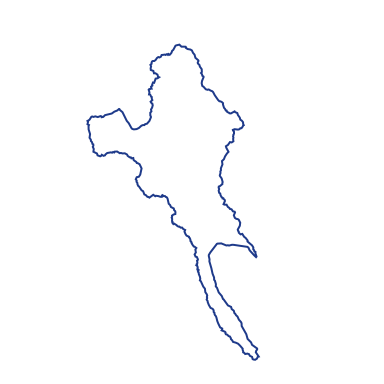 Dolores, Tolima, Colombia (Mercator projection), rotated 112°
{"feature_id": "7082276B30807690938488", "entity_name": "Dolores", "entity_type": "district", "adm_level": 2, "iso_a3": "COL", "parent_name": "Colombia", "parent_adm1": "Tolima", "projection": "mercator", "projection_center": [-74.784, 3.628], "detail": "fine", "context": "isolated", "style": "outline", "palette": "blue", "viewbox_px": 384, "rotation_deg": 112, "n_neighbors": 0, "source": "geoboundaries", "source_scale": "gbopen_adm2", "svg_char_len": 6057}
<svg xmlns="http://www.w3.org/2000/svg" viewBox="0 0 384 384"><g transform="rotate(112 192 192)"><path d="M322.2,69.4L320.2,69.3L319.6,68.5L316.7,72.8L315.1,73.0L313.6,72.6L312.7,73.0L311.2,79.1L309.3,80.9L307.4,85.4L303.5,88.4L297.7,95.7L295.1,96.9L294.2,97.9L292.8,100.7L290.4,103.2L289.8,104.9L288.7,106.3L288.5,107.2L286.4,108.8L285.7,111.3L283.9,112.7L283.7,116.2L279.7,122.5L279.6,123.2L277.3,125.4L275.1,129.6L271.5,132.9L270.6,134.6L268.5,135.3L265.7,137.5L265.1,138.6L263.0,139.5L260.1,142.3L255.4,145.5L249.8,149.9L247.9,150.5L245.0,152.5L244.0,152.8L241.3,152.4L230.8,149.5L230.3,149.0L228.7,145.6L228.7,140.1L227.9,138.7L227.8,137.6L226.0,135.2L225.4,133.6L222.1,120.0L222.5,118.8L224.5,116.7L227.4,110.7L228.4,108.2L227.7,108.0L225.1,110.2L223.8,110.7L223.8,111.9L222.8,112.5L222.1,113.8L220.4,114.4L219.0,116.3L217.1,122.0L216.1,122.3L214.5,125.1L214.0,126.9L212.0,129.7L213.1,131.1L212.2,133.4L211.1,133.9L210.8,134.7L209.7,135.5L205.4,135.0L202.4,135.8L200.2,138.3L200.0,139.4L200.3,140.9L199.9,142.6L197.9,144.5L194.9,144.4L194.3,145.0L194.6,146.8L193.2,148.9L193.5,150.5L192.8,151.4L192.4,153.2L190.8,155.2L191.6,157.3L191.5,158.2L188.0,158.1L187.1,158.7L186.5,160.3L186.1,160.6L186.5,161.3L185.8,161.9L185.6,162.8L184.2,164.4L182.8,165.3L182.6,166.5L180.7,167.8L179.0,167.9L178.1,168.9L176.9,169.2L176.4,168.5L173.3,166.8L172.4,167.2L171.3,167.3L168.3,169.6L166.7,172.1L166.1,172.5L163.7,172.7L162.4,173.4L161.0,173.3L159.2,174.1L155.0,174.1L152.1,175.8L149.7,174.7L146.6,174.7L143.1,174.0L141.1,173.2L138.1,176.8L136.9,177.7L134.9,176.3L131.5,175.5L131.2,173.8L129.5,172.6L127.3,173.8L126.2,173.9L125.0,174.8L124.0,174.8L123.6,175.1L122.2,174.9L120.5,175.6L119.9,176.0L119.7,177.0L119.1,177.4L117.8,176.0L116.9,172.7L116.0,171.5L114.8,171.1L114.3,170.0L112.3,169.5L111.0,169.5L110.6,169.1L109.7,170.1L108.2,170.8L107.2,172.5L106.8,174.3L105.1,175.6L103.4,178.3L101.8,179.6L101.8,181.9L101.3,182.7L104.6,185.4L105.0,186.8L104.7,187.3L104.6,189.3L103.5,190.5L103.8,191.2L102.6,192.5L101.9,193.9L99.2,196.1L98.0,196.5L97.4,198.1L97.3,199.6L97.6,200.6L96.9,202.3L93.7,207.2L91.5,209.8L91.0,210.9L91.0,213.0L90.7,214.3L90.8,215.2L91.4,215.8L91.6,217.7L90.1,220.7L89.8,222.2L87.5,223.8L85.3,224.3L81.0,224.3L80.6,224.7L80.4,225.9L79.1,226.8L78.3,228.2L77.1,227.8L74.5,229.0L72.8,231.7L71.5,232.6L70.6,234.7L69.8,235.2L68.0,235.1L67.5,235.6L66.3,239.1L63.7,241.1L62.6,243.2L60.8,245.1L60.5,246.8L61.1,249.7L60.7,251.6L60.1,251.7L59.7,252.4L61.2,256.2L60.1,258.9L62.0,261.6L62.6,262.1L67.3,262.6L68.5,263.3L70.6,263.2L72.9,263.9L73.3,264.4L72.9,265.4L73.9,265.7L73.5,266.8L74.8,267.8L74.7,268.5L76.4,271.5L78.1,271.5L79.4,272.5L79.5,273.8L80.9,274.7L83.3,275.2L84.7,276.1L85.3,277.5L85.9,277.9L86.9,278.0L88.3,277.5L89.7,278.2L90.8,277.0L92.8,276.7L94.3,275.9L94.2,273.2L96.2,271.7L95.6,270.4L96.1,268.0L97.8,266.7L97.9,265.5L99.5,266.6L100.5,268.2L104.9,268.0L105.1,269.2L107.7,269.1L108.2,268.6L109.7,269.4L111.3,268.2L111.6,269.1L112.3,269.4L112.6,270.2L113.4,270.5L115.5,268.8L117.5,268.4L117.2,267.9L117.5,267.1L119.0,265.5L119.0,264.9L120.8,264.1L121.6,263.2L123.8,264.2L124.9,262.6L124.9,261.9L126.3,260.9L128.7,260.6L130.9,260.9L132.5,259.8L134.1,260.4L136.7,259.3L137.3,258.5L138.0,258.1L142.0,258.1L145.5,259.3L146.7,260.9L147.8,261.2L148.3,262.5L149.4,263.7L152.5,265.2L154.4,266.9L155.7,269.3L155.9,271.0L155.4,272.1L151.9,276.4L150.5,279.1L144.0,286.4L143.0,289.5L142.3,290.4L142.4,290.8L144.4,291.8L146.6,294.1L149.3,295.8L153.3,301.4L155.6,302.4L156.5,303.8L155.8,304.3L155.9,305.3L157.8,307.4L158.1,310.0L159.3,311.5L159.4,312.9L160.1,313.5L163.4,314.1L165.3,315.5L165.7,314.7L168.3,314.3L168.5,312.6L169.7,312.6L172.7,311.3L176.5,308.2L180.1,307.3L181.4,305.4L182.6,304.8L183.3,303.3L184.7,302.4L184.8,301.4L186.0,300.8L187.3,300.9L188.9,299.2L191.6,298.5L191.9,294.5L193.4,293.3L193.3,290.5L192.5,289.8L191.3,289.6L191.6,287.6L190.6,286.4L189.6,286.3L187.6,285.2L185.6,282.0L185.5,280.8L184.5,280.2L184.5,279.0L183.6,278.9L182.5,276.6L183.1,273.5L182.4,272.5L182.3,270.9L181.3,268.8L181.6,266.2L182.6,265.2L183.2,262.7L182.8,261.7L183.5,260.8L182.5,259.2L184.1,258.2L184.5,257.3L185.0,254.9L185.8,254.1L185.6,253.0L185.9,251.0L189.0,247.6L195.3,246.5L197.8,247.0L199.0,248.8L201.3,248.9L202.1,247.6L203.3,247.3L204.0,246.1L205.2,245.5L206.5,244.2L206.7,243.3L209.3,239.4L209.6,237.6L212.1,235.3L212.2,233.6L213.2,231.5L212.9,230.6L213.2,229.4L209.1,226.9L209.7,224.5L209.0,224.0L208.4,221.7L208.3,219.6L207.8,218.2L206.5,218.6L205.9,218.1L206.5,216.9L205.9,215.6L206.4,214.5L206.3,213.7L206.6,213.0L207.4,212.1L211.6,209.2L212.3,207.4L213.8,205.9L214.1,202.7L215.4,201.9L216.1,200.4L216.9,199.8L218.7,199.2L219.8,200.7L221.4,201.7L222.5,201.1L223.3,201.3L224.4,200.3L226.5,199.6L227.0,198.8L227.8,198.8L228.7,197.3L228.0,196.9L228.5,193.9L229.1,192.7L229.1,191.2L228.8,190.8L229.3,189.2L228.7,187.8L229.6,186.3L229.8,184.1L231.6,184.1L233.5,182.2L234.5,180.7L234.6,178.1L235.2,177.8L235.5,176.9L236.6,175.8L238.1,175.0L238.3,174.1L239.3,173.6L239.5,172.9L240.1,172.6L240.9,171.5L241.9,169.9L241.7,169.3L242.3,167.0L244.1,167.3L246.6,165.8L248.9,166.2L250.6,164.5L250.4,163.2L252.2,161.3L253.0,161.2L253.8,161.6L255.1,160.7L256.5,160.3L257.1,160.6L257.7,160.1L258.3,160.5L258.7,159.4L259.6,158.5L260.7,158.4L261.2,157.7L262.0,157.9L262.3,157.4L262.1,156.6L263.7,156.6L264.1,155.7L265.6,154.9L267.6,152.9L269.4,151.8L271.0,151.6L271.4,150.4L275.5,146.1L276.8,143.8L279.9,142.1L281.2,140.1L282.3,139.1L283.8,138.9L284.6,138.2L286.3,138.1L287.2,136.7L288.3,136.1L290.4,134.1L292.5,131.4L292.6,129.1L293.5,127.7L295.2,126.9L295.7,125.8L296.6,125.5L297.6,124.5L298.2,123.3L299.3,122.3L302.2,120.2L304.0,118.5L307.0,115.2L307.3,112.8L308.0,112.5L309.2,112.7L309.2,109.2L309.6,108.3L310.5,108.1L311.2,107.3L311.1,105.8L311.9,104.1L311.8,102.7L313.0,101.2L313.8,100.8L314.5,99.1L315.6,97.8L315.3,94.9L315.4,92.4L316.5,89.8L318.3,86.3L319.3,86.0L320.6,84.8L321.5,84.5L321.7,83.0L322.3,82.0L321.1,80.1L321.0,78.4L322.2,77.0L322.4,74.5L324.2,73.2L324.3,72.3L323.9,70.6L322.2,69.4Z" fill="none" stroke="#1e3a8a" stroke-width="2"/></g></svg>